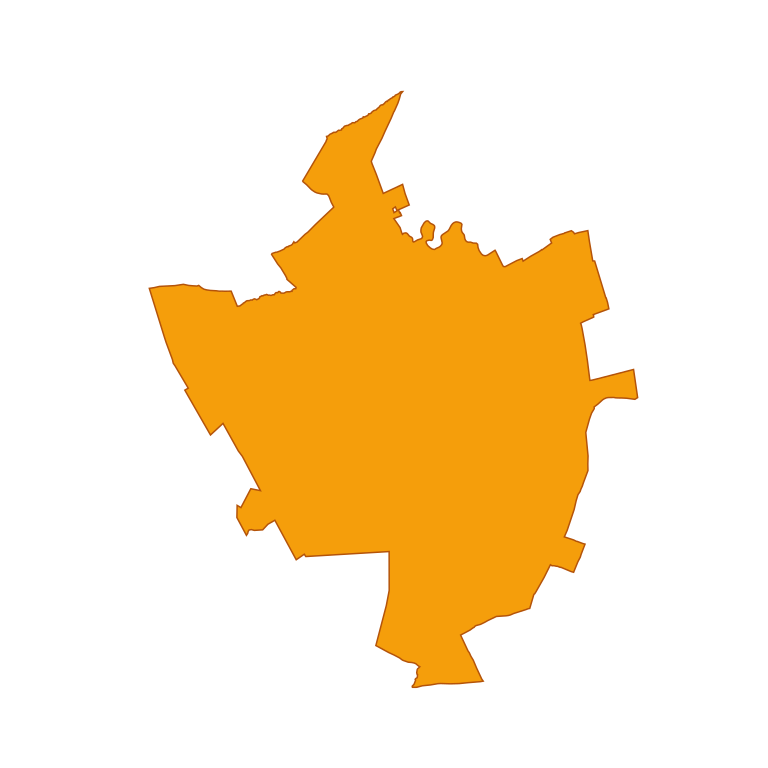 outline of Rauseni, Botosani, Romania, rotated 283°
{"feature_id": "2599482B43071956951910", "entity_name": "Rauseni", "entity_type": "district", "adm_level": 2, "iso_a3": "ROU", "parent_name": "Romania", "parent_adm1": "Botosani", "projection": "natural_earth1", "projection_center": [27.226, 47.56], "detail": "fine", "context": "isolated", "style": "filled", "palette": "amber", "viewbox_px": 768, "rotation_deg": 283, "n_neighbors": 0, "source": "geoboundaries", "source_scale": "gbopen_adm2", "svg_char_len": 6164}
<svg xmlns="http://www.w3.org/2000/svg" viewBox="0 0 768 768"><g transform="rotate(283 384 384)"><path d="M673.1,336.4L672.8,335.3L672.2,334.2L671.0,333.6L669.5,332.2L668.0,330.1L667.1,329.8L666.2,329.0L665.5,327.9L665.0,327.9L663.2,325.8L662.4,325.5L662.1,325.2L662.0,324.8L661.4,324.2L660.1,323.7L660.2,323.1L660.0,322.8L659.5,322.5L659.2,322.1L657.0,321.0L656.6,320.5L655.7,320.0L655.6,319.3L655.1,318.3L654.1,317.5L652.7,317.0L650.7,315.4L649.4,314.8L648.0,312.4L645.9,310.8L645.1,310.6L644.0,309.3L644.0,308.7L643.8,308.3L642.5,308.0L641.9,307.6L639.7,304.8L639.7,303.7L638.4,303.5L637.1,301.5L636.5,300.7L635.5,299.8L633.9,298.9L633.4,297.8L632.9,297.3L632.2,297.0L631.9,296.6L631.6,294.7L631.1,294.0L630.3,293.5L629.0,291.8L627.9,290.9L627.7,289.9L626.3,287.5L623.9,286.3L623.1,285.4L622.0,285.4L621.1,283.6L621.1,282.8L620.9,282.5L618.7,280.8L618.5,280.2L618.1,279.8L618.1,278.7L617.7,278.1L617.4,277.7L616.8,277.5L616.4,276.6L615.7,276.0L615.6,275.6L615.1,275.1L613.1,273.8L612.3,272.3L610.5,273.3L609.7,273.4L608.5,273.0L607.3,273.0L563.5,259.1L562.8,259.7L560.8,263.7L557.5,268.8L556.8,270.1L555.5,273.5L555.1,275.7L555.1,280.3L555.4,282.2L556.2,285.3L556.1,286.1L555.0,287.7L554.0,288.5L549.1,291.8L545.2,295.2L544.9,295.2L524.1,281.4L514.7,275.6L512.1,273.4L502.7,267.3L501.4,265.3L502.3,264.2L499.4,263.2L498.4,262.4L497.0,260.2L496.1,259.6L496.2,259.3L495.9,258.6L494.5,257.1L493.0,256.3L490.3,252.9L488.3,249.9L488.1,249.0L486.0,245.6L485.0,245.3L477.1,253.3L473.9,257.4L467.6,263.5L465.1,265.6L464.1,265.9L458.4,276.6L457.0,276.6L456.6,274.9L454.5,273.3L453.6,273.5L453.4,272.4L452.7,271.6L452.0,268.6L451.5,267.7L450.3,266.5L449.9,265.7L449.4,263.2L450.2,262.4L450.6,260.9L450.2,260.4L449.1,259.9L448.8,258.3L448.2,257.8L446.2,256.9L446.1,256.1L445.7,255.2L445.0,254.3L444.8,253.7L444.9,252.7L444.5,251.2L444.9,249.5L444.2,248.6L443.9,247.7L443.2,246.6L442.6,246.2L442.6,245.2L442.0,244.7L441.2,243.5L439.9,243.3L439.1,242.9L437.5,241.1L437.8,239.5L437.8,238.5L437.0,237.4L436.1,236.7L436.0,235.4L435.0,234.1L434.3,231.7L433.6,231.1L433.3,230.6L431.9,229.8L431.3,228.8L430.3,228.4L429.6,227.6L427.7,226.1L426.7,223.6L440.1,214.2L438.6,208.2L438.0,205.0L437.4,202.7L437.1,199.6L436.1,193.7L435.8,190.0L435.9,187.1L436.9,184.2L438.4,181.3L437.4,179.8L436.8,176.4L436.1,171.6L436.0,166.1L432.8,158.1L428.6,143.3L426.2,138.4L424.4,133.8L380.4,159.4L375.4,162.4L360.3,172.3L356.8,174.0L354.7,176.3L335.9,194.2L333.2,191.3L295.3,226.4L309.4,236.0L286.0,257.1L281.6,262.3L252.3,287.6L252.0,277.8L231.4,272.4L232.7,268.2L220.8,270.7L205.6,284.0L207.8,284.8L209.8,284.8L211.4,285.4L212.3,287.5L212.2,290.6L214.6,298.6L221.2,302.4L226.7,308.3L193.0,338.0L200.2,344.6L198.3,346.6L221.9,426.7L184.0,435.5L168.6,436.1L127.3,434.9L123.4,449.0L122.2,454.7L120.6,460.8L119.4,463.4L119.0,464.7L118.4,470.1L118.9,473.8L118.9,476.4L118.5,478.2L117.3,480.4L116.9,481.5L116.4,481.8L116.4,482.4L114.9,481.5L114.2,480.9L113.3,480.6L110.1,480.8L108.6,481.5L108.5,482.0L106.0,482.4L105.3,482.4L104.5,481.5L103.3,480.8L102.6,481.3L102.2,481.4L98.1,480.8L96.0,479.5L95.1,479.7L94.9,480.0L95.6,483.3L96.0,484.4L98.6,489.3L101.2,496.9L104.1,503.8L104.9,506.5L106.8,516.1L109.0,524.6L111.8,532.8L115.7,545.0L116.8,547.5L118.5,545.6L128.2,538.0L135.0,533.1L138.4,529.8L141.3,527.6L142.8,525.9L156.6,515.1L163.7,523.3L166.4,525.6L167.1,526.5L168.4,527.1L169.3,528.0L171.5,532.1L174.5,535.8L176.8,538.3L182.8,545.8L185.6,555.1L186.4,557.2L187.4,559.1L189.5,561.9L196.1,573.0L197.4,574.9L198.1,576.5L212.0,577.3L213.0,577.5L213.4,578.0L215.7,578.8L231.5,583.5L245.3,586.8L244.7,588.6L245.2,590.7L245.2,592.9L245.4,594.0L245.0,596.8L245.2,597.6L243.3,608.7L243.2,611.1L254.4,612.9L259.4,614.2L262.4,614.4L273.2,615.9L273.3,613.6L274.1,607.5L274.0,606.8L274.7,604.0L275.6,594.1L282.6,595.4L304.4,597.5L313.6,597.5L319.8,597.9L323.4,599.3L325.7,599.5L329.1,600.2L332.5,600.5L345.5,602.2L351.9,600.6L359.8,599.0L382.2,591.5L396.0,592.1L402.3,592.8L407.3,594.4L408.9,593.9L412.6,597.0L417.8,600.6L419.1,601.9L420.5,603.8L421.2,605.4L422.6,611.0L422.6,612.5L423.0,614.9L423.8,618.5L424.7,623.5L425.5,631.9L427.8,634.2L454.3,623.9L435.9,588.5L434.4,585.5L433.8,583.8L452.6,576.9L467.1,571.2L482.7,564.5L486.0,562.9L487.4,561.9L489.4,564.1L496.4,573.3L497.9,572.8L498.7,572.3L507.8,586.2L513.7,583.5L517.9,581.1L517.9,580.7L551.2,561.6L550.9,559.7L568.8,552.2L579.3,548.1L575.4,539.7L573.2,535.8L574.4,534.7L575.5,532.1L572.1,526.5L572.0,526.2L571.1,525.4L570.3,523.8L569.6,522.7L569.5,522.2L565.0,515.6L562.3,513.4L559.1,515.6L550.3,507.9L550.1,507.6L550.3,507.4L548.1,505.5L541.6,498.3L535.0,491.9L537.3,490.4L534.1,485.6L525.7,475.8L525.4,474.8L525.4,473.9L526.4,472.8L538.3,463.1L539.3,462.1L532.7,455.7L532.0,454.4L531.7,453.6L531.7,451.6L532.6,449.7L535.4,446.7L538.2,444.9L541.2,443.8L542.0,442.3L541.4,439.3L541.7,436.4L541.1,434.0L541.3,432.8L542.1,431.3L543.7,430.1L546.9,428.8L547.6,428.3L549.2,426.2L550.5,425.2L552.7,424.4L557.1,424.0L557.9,423.1L558.3,421.4L558.4,419.5L558.3,418.4L558.0,417.4L557.1,416.0L555.7,414.8L553.6,413.8L549.2,412.7L547.5,411.9L542.6,407.3L541.3,406.6L540.4,406.5L539.3,406.7L534.5,409.0L532.9,408.9L531.6,408.3L530.6,407.7L529.6,406.7L527.9,404.4L526.6,403.2L526.4,402.6L526.3,400.8L527.0,398.6L528.7,395.5L530.8,393.5L531.8,393.1L532.5,393.1L533.2,393.5L534.4,395.7L534.5,397.6L534.8,398.2L535.5,398.7L537.8,399.0L541.6,398.2L543.1,398.0L547.5,398.3L549.2,397.8L549.8,397.2L550.4,395.9L551.0,393.1L552.7,390.4L552.7,389.6L552.5,389.0L552.1,388.3L551.2,387.6L549.9,386.8L544.6,385.2L542.5,385.3L540.4,385.8L537.4,387.9L536.3,388.4L535.0,388.3L533.9,387.5L531.9,384.2L529.5,381.7L529.0,380.7L529.3,380.1L529.9,379.8L531.7,379.3L532.6,378.7L533.2,377.8L533.8,375.5L535.7,373.0L536.1,372.1L536.1,371.1L535.4,369.4L534.0,368.3L535.7,367.0L540.0,364.5L547.4,356.4L552.0,363.2L554.7,361.2L554.3,360.7L556.7,359.2L556.1,358.2L553.2,355.2L556.7,353.1L559.1,355.2L556.0,357.6L564.1,368.3L574.3,361.7L582.7,357.2L569.5,340.4L586.3,329.5L596.1,322.7L598.2,321.5L607.2,323.2L611.3,323.7L622.8,326.7L630.2,328.1L644.6,331.2L651.2,332.3L652.3,332.7L660.5,334.3L665.0,334.8L670.3,335.0L673.1,336.4Z" fill="#f59e0b" stroke="#b45309" stroke-width="1.5"/></g></svg>